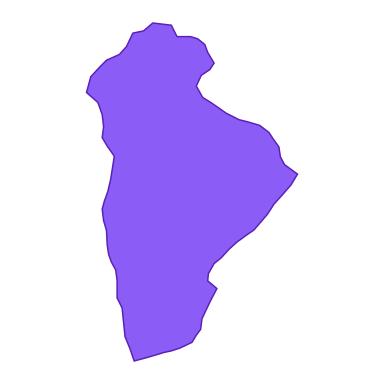 Sinta, Cyprus (Albers equal-area conic projection)
{"feature_id": "46923920B25910914763137", "entity_name": "Sinta", "entity_type": "district", "adm_level": 2, "iso_a3": "CYP", "parent_name": "Cyprus", "parent_adm1": "", "projection": "albers", "projection_center": [33.704, 35.158], "detail": "fine", "context": "isolated", "style": "filled", "palette": "violet", "viewbox_px": 384, "rotation_deg": 0, "n_neighbors": 0, "source": "geoboundaries", "source_scale": "gbopen_adm2", "svg_char_len": 1031}
<svg xmlns="http://www.w3.org/2000/svg" viewBox="0 0 384 384"><path d="M132.9,33.1L126.4,46.7L119.3,54.5L106.5,60.2L99.4,67.4L90.8,76.7L86.5,92.5L97.9,102.5L102.2,114.6L103.6,126.8L102.2,137.6L107.2,146.1L114.3,156.2L110.7,179.1L107.9,191.2L104.3,201.3L102.2,209.1L103.6,220.6L106.5,230.6L107.2,244.9L108.6,254.3L111.4,262.1L115.7,270.0L117.1,280.7L117.1,297.9L122.1,308.0L123.6,322.3L125.0,336.6L130.0,348.8L134.2,361.0L149.9,356.7L164.2,352.4L171.3,350.9L179.9,348.1L192.0,342.3L196.3,335.2L200.6,329.4L202.0,318.7L210.5,300.8L216.9,288.6L207.7,280.8L208.4,273.6L214.1,263.6L221.2,257.8L229.1,249.2L236.9,242.1L244.7,236.4L254.0,229.9L267.5,214.2L274.0,204.1L281.8,195.5L291.1,184.8L297.5,174.1L284.6,164.7L280.4,156.9L278.9,146.9L273.2,139.0L269.0,132.5L259.7,125.4L247.6,121.8L239.0,119.7L226.2,113.2L211.9,103.2L202.7,97.5L196.3,86.0L201.3,75.3L209.8,69.6L214.1,63.1L207.7,52.4L204.8,44.5L197.7,38.8L190.6,36.6L177.0,36.6L171.3,25.2L152.8,23.0L143.5,30.9L132.9,33.1Z" fill="#8b5cf6" stroke="#5b21b6" stroke-width="1.5"/></svg>